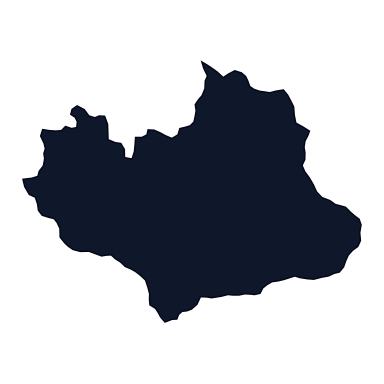 the district of Bom Jesus da Penha, Minas Gerais, Brazil
{"feature_id": "56859067B40299678999449", "entity_name": "Bom Jesus da Penha", "entity_type": "district", "adm_level": 2, "iso_a3": "BRA", "parent_name": "Brazil", "parent_adm1": "Minas Gerais", "projection": "mercator", "projection_center": [-46.535, -21.01], "detail": "fine", "context": "isolated", "style": "filled", "palette": "ink", "viewbox_px": 384, "rotation_deg": 0, "n_neighbors": 0, "source": "geoboundaries", "source_scale": "gbopen_adm2", "svg_char_len": 2188}
<svg xmlns="http://www.w3.org/2000/svg" viewBox="0 0 384 384"><path d="M201.9,62.0L203.8,68.3L207.5,75.9L205.3,81.0L205.0,88.6L202.1,95.7L198.6,99.7L195.3,104.6L196.2,110.7L195.2,116.5L194.0,122.0L190.1,125.9L185.4,127.3L179.9,128.6L178.0,134.9L171.9,138.5L165.3,135.7L160.0,132.8L153.9,130.2L148.1,129.9L147.0,134.9L141.9,137.5L135.6,137.5L135.1,144.9L134.5,151.4L132.1,159.1L124.5,157.6L124.3,149.4L120.8,143.5L115.2,142.7L108.0,139.7L107.8,132.0L107.5,124.1L104.6,116.3L99.2,116.0L95.0,117.8L88.9,116.0L84.2,109.6L77.1,105.9L72.1,109.4L70.8,114.3L75.2,117.2L77.4,121.7L76.8,127.6L71.5,128.6L65.5,126.5L61.4,130.7L55.8,131.1L49.5,130.7L42.7,129.6L40.7,136.0L44.2,143.5L45.4,148.8L43.9,153.6L44.7,158.6L43.4,165.9L39.3,171.2L37.9,176.4L31.7,178.3L23.0,179.3L24.8,186.7L29.3,194.4L35.4,197.2L37.6,204.0L38.5,210.4L42.2,215.2L49.1,217.4L54.0,218.5L57.2,222.5L60.0,228.5L60.2,237.2L65.0,243.1L68.5,246.4L73.2,249.5L80.3,251.4L88.9,251.2L96.5,254.0L101.7,255.9L106.3,255.1L111.3,254.9L115.5,258.8L120.5,261.9L125.2,266.4L131.2,269.0L135.6,271.5L140.9,275.6L145.6,280.1L148.1,287.7L149.7,294.0L149.5,299.5L150.0,304.9L155.5,308.3L158.1,312.2L160.8,317.2L165.0,322.0L171.9,319.3L176.8,319.0L178.5,314.5L182.0,311.3L186.8,310.8L191.5,309.0L196.9,304.3L200.4,296.7L206.7,296.9L211.6,297.7L221.2,296.2L227.9,294.5L232.8,295.0L239.0,295.0L244.6,293.8L249.5,294.0L254.6,294.5L260.0,293.3L262.7,288.0L266.6,284.8L271.8,281.7L278.7,280.7L284.0,279.4L290.2,277.4L294.9,275.9L299.8,277.5L307.5,278.7L313.8,279.2L321.4,277.2L328.5,275.9L334.0,273.3L339.3,272.0L343.5,266.9L345.7,260.7L348.2,255.1L352.5,250.3L357.8,246.4L360.4,240.6L359.7,232.7L361.0,224.8L359.0,219.1L355.0,216.2L350.6,212.4L345.5,207.3L340.9,206.0L335.2,204.5L329.8,200.6L321.9,197.6L316.5,191.9L313.3,184.8L309.2,177.8L304.7,171.7L302.0,165.4L304.7,159.6L304.9,152.8L304.0,147.2L304.9,141.0L307.7,135.7L309.4,131.1L302.7,126.9L295.8,123.1L294.2,115.0L293.6,106.8L290.7,101.0L287.6,95.2L283.4,90.0L276.0,91.2L269.9,92.8L264.7,92.0L259.5,91.3L253.9,89.4L249.7,86.5L247.7,80.9L245.6,76.5L241.4,72.9L234.8,70.8L228.8,73.9L223.2,77.6L217.1,72.0L211.9,68.3L207.0,65.0L201.9,62.0Z" fill="#0f172a" stroke="#020617" stroke-width="1.5"/></svg>